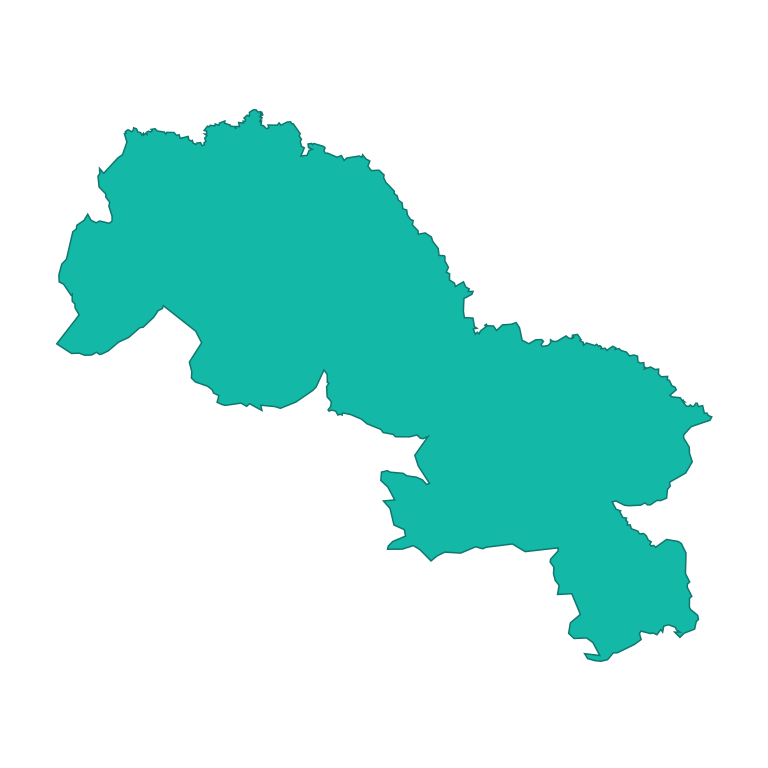 the district of Birim North, Eastern, Ghana, rotated 92°
{"feature_id": "2480657B81401264659986", "entity_name": "Birim North", "entity_type": "district", "adm_level": 2, "iso_a3": "GHA", "parent_name": "Ghana", "parent_adm1": "Eastern", "projection": "robinson", "projection_center": [-0.982, 6.368], "detail": "fine", "context": "isolated", "style": "filled", "palette": "teal", "viewbox_px": 768, "rotation_deg": 92, "n_neighbors": 0, "source": "geoboundaries", "source_scale": "gbopen_adm2", "svg_char_len": 6107}
<svg xmlns="http://www.w3.org/2000/svg" viewBox="0 0 768 768"><g transform="rotate(92 384 384)"><path d="M142.8,652.2L151.2,649.4L163.9,653.3L167.3,657.8L183.2,671.5L178.5,675.8L183.7,675.3L186.2,677.1L197.1,675.6L203.9,668.6L206.9,668.6L211.9,664.5L215.9,665.2L225.8,661.6L230.7,661.5L233.0,664.1L231.0,673.8L232.9,677.3L230.6,682.5L224.7,686.0L230.9,689.5L236.1,696.5L239.9,696.9L242.7,700.3L270.3,705.7L275.4,710.2L286.2,712.7L293.3,712.2L295.3,707.8L306.3,699.8L305.2,698.7L312.1,698.5L314.7,695.7L318.7,695.4L325.6,691.1L355.3,712.5L364.4,697.3L363.8,689.7L365.7,684.2L365.2,677.1L362.3,672.5L364.4,669.3L363.6,666.5L360.5,660.7L351.3,650.6L346.4,640.8L336.3,630.0L335.6,626.6L325.3,616.5L318.6,612.3L316.3,608.1L313.4,607.3L337.8,574.0L349.2,567.7L368.9,579.3L378.5,576.5L384.7,576.7L388.6,572.5L392.3,560.4L395.9,555.4L399.0,554.0L401.4,548.6L408.1,550.2L410.2,545.1L410.9,541.9L408.1,526.2L411.1,520.5L408.4,517.7L414.7,505.1L409.5,506.4L410.4,492.1L411.9,486.7L405.1,471.4L393.1,455.2L389.5,451.8L372.1,444.5L376.3,441.2L384.4,440.7L385.1,439.1L388.8,441.3L398.9,440.3L403.4,436.1L408.2,436.4L411.8,439.0L413.0,438.0L411.9,435.0L412.8,431.4L416.7,428.9L415.7,427.0L416.5,424.7L414.3,424.4L415.7,416.2L419.9,405.3L424.4,399.5L429.5,385.5L432.5,383.2L434.1,372.9L436.3,370.8L435.9,356.5L433.8,349.3L436.9,345.7L437.3,343.0L435.0,338.2L454.1,350.7L464.7,346.9L481.7,335.1L482.9,338.0L478.6,342.1L476.0,348.3L475.0,357.9L472.6,361.8L471.9,374.7L470.5,377.6L472.1,383.4L480.5,383.8L486.9,376.5L499.5,369.2L500.9,380.5L508.2,373.6L524.6,369.1L528.8,358.7L535.2,357.1L541.1,369.8L545.9,374.1L549.0,374.7L548.4,360.0L544.5,349.0L548.2,342.4L559.2,330.8L554.1,325.2L549.9,317.5L550.3,301.4L543.5,286.8L545.2,279.6L543.6,276.3L539.4,250.1L546.6,237.1L541.7,204.3L544.8,204.2L553.3,211.4L556.2,211.7L561.2,207.8L567.5,208.0L574.4,206.0L579.1,202.0L588.3,203.2L587.0,189.0L607.4,179.7L616.2,189.4L626.8,190.8L631.7,185.1L630.7,172.7L635.1,166.2L647.8,158.9L646.5,174.1L651.3,170.9L653.1,163.8L653.5,157.4L651.7,150.9L644.7,145.5L644.5,141.4L635.5,124.6L630.4,118.1L624.5,120.0L622.0,118.6L624.1,109.1L623.4,106.3L625.1,102.5L619.6,98.7L622.2,96.9L616.2,95.9L614.7,91.3L616.9,84.4L619.6,83.0L621.6,79.7L621.8,84.9L626.9,79.4L622.6,75.4L618.1,65.0L610.7,63.7L608.3,61.5L604.2,62.5L598.6,69.8L596.2,71.0L587.5,71.2L585.5,69.0L576.4,73.9L573.1,73.7L571.2,71.6L563.0,76.1L542.3,76.3L533.0,81.3L531.1,84.5L529.5,96.2L537.7,106.8L535.9,108.8L536.5,111.3L535.1,112.8L532.4,111.4L530.7,114.5L526.4,116.7L524.4,119.4L524.9,123.5L522.2,125.1L520.0,131.8L516.2,133.0L516.5,135.9L513.4,135.7L511.6,137.6L509.6,136.9L509.1,140.7L503.4,143.9L502.6,143.1L501.0,147.8L493.9,151.8L492.8,148.2L496.8,139.4L497.1,135.0L496.1,123.1L493.6,118.9L495.6,116.6L495.5,113.6L490.9,107.3L490.8,103.3L488.2,97.6L479.4,97.0L476.1,94.4L472.2,95.2L462.4,79.4L451.0,73.2L442.9,76.2L436.4,76.8L427.3,82.7L424.4,82.7L415.9,75.5L408.8,56.9L405.4,55.3L404.3,58.7L401.8,60.2L402.1,62.8L394.5,64.8L395.6,69.0L392.4,70.3L392.2,71.5L395.3,73.4L395.8,75.0L394.2,77.1L395.7,78.7L395.6,81.1L391.2,84.7L391.3,83.2L390.1,84.9L389.6,83.6L389.9,85.6L387.4,87.4L386.8,95.6L385.3,97.9L379.6,91.7L377.0,93.1L375.6,96.3L370.3,99.0L370.0,101.1L366.5,100.8L367.1,107.2L364.6,110.0L359.5,110.1L360.1,113.4L357.7,118.2L359.9,124.2L358.4,123.2L358.1,124.6L353.6,125.1L354.2,128.5L352.9,131.0L347.3,131.6L346.3,135.2L347.3,139.6L343.6,142.9L342.2,148.4L340.4,150.3L341.4,154.3L339.8,153.5L338.3,156.7L342.6,162.6L340.5,164.2L341.2,168.4L339.4,168.0L338.2,169.6L339.0,170.9L336.9,172.8L338.2,174.7L335.9,183.0L338.3,185.9L335.4,186.3L333.9,189.7L332.8,188.6L327.7,192.4L328.7,197.3L330.5,196.0L331.4,196.9L330.4,197.5L332.0,198.0L331.8,200.9L329.6,203.7L335.4,212.8L335.5,216.6L334.0,219.1L337.3,219.0L339.9,221.6L340.9,227.0L339.2,228.4L335.8,226.1L334.1,228.0L334.5,233.8L338.7,240.7L335.4,247.5L323.1,250.5L318.0,254.1L319.9,259.0L320.8,267.7L326.6,273.4L322.2,276.6L322.2,282.8L320.7,283.8L321.8,285.3L323.1,284.0L327.8,289.6L330.6,290.6L329.0,292.5L331.0,294.5L325.9,296.7L325.0,293.1L323.6,295.6L315.0,297.4L314.9,306.0L308.5,307.2L295.8,307.1L291.3,299.3L288.3,298.2L288.6,303.2L286.0,302.1L284.2,305.7L279.1,308.1L284.1,316.1L280.7,317.1L277.8,322.2L271.5,322.3L270.1,325.7L265.2,323.7L258.9,327.4L254.8,327.5L253.7,328.3L253.6,333.5L246.7,334.5L239.9,340.2L235.4,341.8L231.6,348.1L233.1,355.0L229.7,355.3L224.0,361.2L219.6,360.5L218.8,363.1L214.2,366.5L209.3,367.4L208.2,371.3L202.4,372.2L199.7,376.1L195.4,377.5L193.3,380.5L190.9,380.5L182.3,389.3L177.8,391.6L175.1,391.2L170.5,396.5L171.2,404.1L166.8,407.7L161.7,405.9L159.7,409.9L155.7,413.4L158.2,414.1L157.0,416.7L159.5,429.2L162.0,431.6L157.2,434.6L159.0,438.9L155.2,448.5L155.5,450.7L152.8,452.2L150.2,451.1L148.7,452.5L146.1,462.5L147.3,463.9L146.1,464.7L146.8,468.3L150.4,467.7L151.9,463.9L153.2,467.1L158.1,468.7L159.1,475.0L150.8,471.9L149.3,474.8L144.6,476.2L142.3,475.0L139.1,477.5L136.7,476.5L127.1,483.8L127.0,485.5L125.2,486.5L125.6,490.0L128.9,496.0L126.7,498.0L129.1,499.8L129.2,508.9L132.1,508.1L132.9,510.6L130.0,513.5L129.7,515.9L125.6,515.6L126.6,516.6L125.8,517.5L122.2,515.2L121.4,517.4L119.3,514.5L117.1,515.5L118.9,516.8L116.1,516.8L116.6,519.4L114.5,521.4L114.5,524.1L117.2,528.0L120.9,527.8L120.2,530.3L123.1,533.2L124.6,531.7L126.3,531.9L126.3,534.1L128.2,533.6L127.7,538.4L131.7,537.5L131.8,541.3L134.3,540.8L131.9,542.5L131.7,546.4L130.5,546.9L129.0,552.4L126.7,552.2L129.0,557.6L131.2,558.0L130.0,561.8L132.0,562.2L131.5,566.6L133.1,568.0L132.5,569.4L136.9,572.6L137.6,569.9L140.5,570.1L140.4,571.9L142.1,569.6L144.6,571.8L147.7,570.4L149.4,572.4L151.1,571.8L152.2,574.2L149.2,575.8L149.8,579.6L151.1,580.3L150.0,583.1L147.2,584.1L147.9,585.4L146.5,587.7L143.4,588.3L145.6,596.3L142.0,597.5L142.9,600.0L140.0,602.6L140.1,609.9L141.9,610.8L139.8,612.4L139.1,619.3L136.9,621.7L137.7,625.7L138.9,624.5L140.1,625.8L139.6,628.2L140.5,629.7L143.0,629.6L141.7,631.0L143.7,633.1L141.9,633.3L143.6,634.8L141.2,636.0L140.8,638.8L137.7,640.2L136.7,643.1L139.5,643.6L140.6,645.2L138.8,648.7L140.8,651.3L142.3,650.5L142.8,652.2Z" fill="#14b8a6" stroke="#0f766e" stroke-width="1.5"/></g></svg>